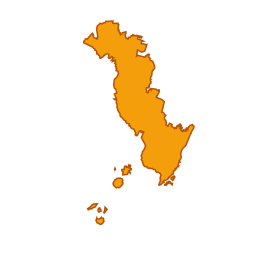 outline of Lampung Selatan, Lampung, Indonesia, rotated 14°
{"feature_id": "22746128B4401734887211", "entity_name": "Lampung Selatan", "entity_type": "district", "adm_level": 2, "iso_a3": "IDN", "parent_name": "Indonesia", "parent_adm1": "Lampung", "projection": "robinson", "projection_center": [105.521, -5.67], "detail": "fine", "context": "isolated", "style": "filled", "palette": "amber", "viewbox_px": 256, "rotation_deg": 14, "n_neighbors": 0, "source": "geoboundaries", "source_scale": "gbopen_adm2", "svg_char_len": 5930}
<svg xmlns="http://www.w3.org/2000/svg" viewBox="0 0 256 256"><g transform="rotate(14 128 128)"><path d="M106.5,98.3L109.5,102.1L110.3,104.0L110.4,106.3L111.8,107.9L112.4,110.8L114.2,113.7L116.5,115.7L117.9,118.8L119.3,119.1L122.6,121.5L124.0,121.4L124.2,122.5L125.9,123.9L128.2,123.6L128.3,125.5L129.0,125.8L129.5,125.4L131.2,127.4L134.0,127.8L136.6,130.9L136.6,132.7L137.3,132.6L137.6,133.4L138.4,133.3L139.0,132.6L139.8,128.3L141.2,127.6L141.7,129.2L142.3,129.3L143.4,127.7L144.4,128.1L143.2,133.9L144.0,134.4L144.5,135.6L148.3,139.5L149.4,141.4L148.8,145.1L147.7,147.5L148.0,149.5L147.5,151.8L148.6,153.3L148.5,155.4L150.2,156.9L150.4,158.1L151.8,159.6L152.0,160.4L153.8,161.3L156.0,161.2L156.2,161.8L157.5,162.1L158.7,161.6L160.1,161.9L161.2,161.3L162.6,162.0L164.6,161.9L165.5,163.4L166.7,164.1L167.9,163.7L169.8,164.0L171.6,166.0L171.2,167.3L171.5,169.8L172.1,170.2L172.1,171.8L171.6,175.5L172.1,176.0L172.8,175.0L173.4,175.1L174.0,174.5L175.5,170.6L178.7,168.4L179.2,167.7L179.3,166.4L179.8,166.2L179.6,165.7L180.6,165.1L180.5,164.5L181.8,162.9L181.6,162.3L182.4,162.2L183.1,161.4L182.7,159.6L183.0,158.6L183.7,158.7L183.0,158.2L183.8,157.9L184.0,156.7L183.5,156.4L183.6,155.9L184.9,155.8L184.8,154.7L185.4,153.5L186.5,153.3L186.5,152.6L186.0,152.8L185.6,151.9L185.6,149.9L185.9,148.5L186.5,148.5L186.0,147.9L186.4,147.9L186.0,147.0L186.7,144.5L186.6,143.0L185.5,141.0L185.3,137.3L186.4,134.0L188.3,131.1L190.1,118.5L190.5,118.1L190.2,117.6L191.8,111.9L191.5,110.2L190.1,109.8L189.7,109.1L187.6,110.5L186.2,113.0L186.4,114.7L185.4,113.9L184.9,113.9L185.5,116.7L185.1,116.8L184.1,115.8L184.1,117.2L183.1,117.2L182.1,118.2L181.6,118.0L182.3,117.1L182.3,116.5L180.8,117.8L179.6,117.1L180.5,115.2L180.4,114.6L179.2,115.7L178.6,115.7L179.1,114.4L179.1,112.4L178.6,112.4L178.5,113.7L178.2,113.9L178.0,112.2L177.6,111.6L177.2,111.9L177.3,113.0L176.3,114.4L175.8,114.2L176.2,113.1L175.0,114.1L175.0,116.6L174.3,116.4L173.7,117.1L173.3,116.4L173.0,117.1L169.7,115.7L170.1,114.1L169.5,113.7L167.1,113.4L166.4,116.5L165.6,116.6L165.1,115.9L164.0,115.9L164.0,113.6L162.7,111.4L161.4,110.8L160.8,108.7L161.7,106.6L160.1,105.9L159.0,104.8L157.9,104.4L157.0,104.6L156.8,93.5L153.7,92.2L148.1,91.4L148.2,89.9L148.5,89.8L149.6,85.3L148.7,84.7L149.2,84.1L148.8,83.4L147.4,84.3L145.9,83.6L140.9,84.1L141.1,85.4L140.3,84.6L139.1,86.3L139.0,88.9L137.3,88.9L137.3,87.5L136.5,86.4L136.2,84.5L138.5,83.9L138.7,82.7L138.1,82.5L138.5,81.7L138.1,81.3L139.0,79.0L139.3,79.0L139.1,77.3L138.3,76.7L138.1,76.0L138.5,75.4L137.8,75.1L138.0,71.4L138.4,70.7L137.8,68.8L137.9,66.2L138.4,66.0L139.4,63.5L139.0,61.9L137.0,58.8L135.7,57.2L133.2,57.0L132.6,56.0L132.6,55.0L130.8,54.2L130.9,51.5L129.7,51.5L128.5,53.0L128.6,53.5L127.7,53.7L127.5,55.2L119.8,55.2L118.9,56.4L118.4,49.9L122.8,51.1L125.6,49.4L126.1,42.3L124.5,42.9L123.4,42.6L120.9,42.9L120.3,42.7L120.3,40.7L121.9,40.0L117.9,39.3L116.4,39.4L115.6,38.9L115.6,37.3L119.2,37.4L119.4,36.0L116.6,36.0L116.4,36.4L115.3,35.9L114.6,36.3L113.8,36.0L113.1,36.7L110.2,36.3L110.5,37.3L109.0,37.6L108.2,39.3L106.5,40.0L106.8,40.8L106.4,41.8L103.8,40.7L102.5,37.7L103.2,36.6L102.7,35.2L99.4,36.9L99.6,37.9L98.2,39.5L97.6,38.6L97.4,37.4L96.1,36.9L95.8,35.6L94.7,35.3L95.0,34.4L94.5,34.3L94.1,33.4L94.0,29.9L93.1,29.6L93.0,28.8L88.3,30.1L87.8,29.7L87.5,27.8L82.2,29.6L80.8,29.7L80.4,31.3L78.5,32.1L77.8,33.2L75.7,33.1L73.5,36.5L73.6,39.5L76.6,46.7L76.6,47.8L76.0,48.0L76.3,49.1L73.2,48.5L72.1,47.6L72.2,46.4L71.0,45.0L71.0,45.4L70.0,45.4L67.0,51.5L65.9,51.5L65.2,51.9L65.4,52.2L64.2,54.6L64.3,56.0L74.0,58.0L75.1,58.9L76.5,59.3L77.0,60.4L78.4,60.6L79.2,61.6L79.7,63.6L80.7,63.4L81.5,64.4L82.7,64.6L83.8,66.9L84.7,66.9L85.0,66.1L86.0,65.6L87.0,64.2L86.9,63.5L87.8,63.2L88.0,62.3L89.8,60.8L91.5,61.2L92.2,63.5L91.8,64.4L92.3,64.8L93.7,64.9L94.5,63.8L94.7,62.6L95.6,62.7L96.2,63.6L97.1,63.4L95.8,66.1L96.6,65.6L96.8,67.3L99.1,65.4L99.1,66.0L99.6,66.0L99.6,68.7L100.9,68.9L100.9,71.3L102.0,71.5L102.0,73.0L102.6,73.2L102.5,75.2L104.4,75.2L105.6,77.7L105.0,81.0L103.0,84.2L103.7,89.8L105.3,92.6L107.1,93.7L108.6,96.8L106.5,98.3ZM134.7,178.9L132.6,178.5L129.5,179.5L129.1,180.5L127.8,181.5L126.9,185.2L127.8,187.1L131.0,188.9L132.0,188.2L133.8,188.1L134.8,187.0L136.5,183.8L136.4,182.4L136.1,182.2L136.2,183.2L135.6,181.6L135.7,180.1L134.7,178.9ZM138.4,164.0L137.8,163.6L137.7,165.5L137.1,165.8L136.8,166.5L136.1,166.5L135.5,165.4L134.5,165.6L133.9,166.7L134.3,169.1L132.1,169.7L132.4,171.1L134.0,171.9L134.0,174.1L134.3,174.8L138.7,173.1L139.0,170.8L139.7,169.6L139.2,169.1L141.3,167.6L141.1,166.7L138.7,166.4L138.8,165.5L139.6,165.0L139.7,164.1L139.4,163.5L138.4,164.0ZM124.5,221.7L123.8,221.0L122.6,222.9L121.0,223.7L120.0,223.6L119.5,222.8L119.3,225.5L120.8,227.4L124.5,228.2L125.3,228.0L125.5,227.3L126.4,226.7L127.3,224.3L126.6,223.5L126.1,221.6L124.5,221.7ZM109.2,217.0L110.6,215.8L112.7,214.9L113.3,213.8L115.3,212.5L116.5,209.0L113.1,210.0L111.7,211.4L110.2,214.2L108.4,215.9L109.2,217.0ZM120.2,216.7L120.9,215.7L122.1,215.1L121.1,213.4L120.2,213.3L119.8,212.4L119.0,213.0L118.6,214.6L119.3,216.1L120.2,216.7ZM184.3,164.4L184.3,163.6L184.0,163.5L182.2,165.6L181.9,166.5L182.5,167.4L183.5,167.3L184.1,168.1L184.4,167.7L184.1,167.2L184.9,166.2L185.3,164.1L184.8,163.7L184.3,164.4ZM124.9,210.4L125.3,213.8L124.9,215.8L125.5,216.2L127.4,212.0L124.9,210.4ZM181.0,171.0L180.4,170.1L180.1,170.6L179.0,171.0L178.1,173.5L177.4,174.0L177.6,174.6L179.0,174.2L180.0,172.1L180.9,171.9L181.0,171.0ZM184.6,171.0L182.9,170.9L182.3,171.2L184.6,172.5L184.6,171.0ZM125.4,172.0L125.9,171.2L125.1,170.2L125.0,171.3L125.4,172.0ZM181.6,170.9L181.8,170.0L181.1,169.8L181.1,170.7L181.6,170.9ZM141.0,171.2L140.7,170.4L140.4,170.1L140.4,170.9L141.0,171.2ZM176.0,172.4L176.1,172.0L175.7,171.5L175.5,172.0L176.0,172.4ZM108.9,103.2L108.4,102.9L108.1,103.0L108.9,103.2ZM109.1,103.7L109.4,103.4L108.8,103.6L109.1,103.7ZM108.0,103.3L107.6,103.2L107.4,103.3L107.7,103.6L108.0,103.3Z" fill="#f59e0b" stroke="#b45309" stroke-width="1.5"/></g></svg>